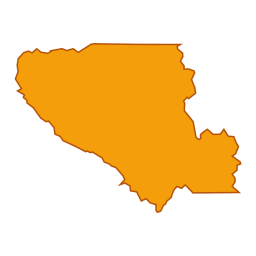 Santa Clara, California, United States of America (Albers equal-area conic projection)
{"feature_id": "52423323B90997065310094", "entity_name": "Santa Clara", "entity_type": "district", "adm_level": 2, "iso_a3": "USA", "parent_name": "United States of America", "parent_adm1": "California", "projection": "albers", "projection_center": [-121.672, 37.189], "detail": "fine", "context": "isolated", "style": "filled", "palette": "amber", "viewbox_px": 256, "rotation_deg": 0, "n_neighbors": 0, "source": "geoboundaries", "source_scale": "gbopen_adm2", "svg_char_len": 1442}
<svg xmlns="http://www.w3.org/2000/svg" viewBox="0 0 256 256"><path d="M239.1,192.5L232.2,186.4L235.1,181.7L235.0,178.2L232.1,174.2L237.0,170.2L237.2,165.1L240.6,164.0L240.3,162.1L232.2,156.1L235.5,153.9L238.5,146.5L236.3,143.2L233.8,136.7L228.2,136.2L223.9,129.3L220.2,134.2L213.2,134.4L207.3,129.3L202.9,132.4L200.5,134.6L200.7,138.5L198.5,139.5L196.0,137.3L193.1,121.6L184.3,110.7L184.7,103.0L183.5,101.2L187.0,97.3L188.6,98.6L195.6,93.2L194.8,87.6L191.5,79.6L194.6,73.0L194.0,70.9L188.7,69.0L184.0,69.1L184.1,66.0L180.4,61.2L182.8,56.8L182.6,53.2L177.7,49.1L177.2,46.4L180.3,44.5L135.7,44.4L93.8,43.8L91.1,44.3L78.2,52.4L73.2,48.7L66.9,50.6L62.0,48.7L50.7,50.8L51.1,51.5L47.7,53.2L47.5,53.3L45.2,52.9L40.9,52.2L36.7,48.8L32.1,52.9L28.5,51.1L23.9,52.6L18.2,58.7L17.2,65.3L18.1,71.8L15.4,78.9L21.5,88.8L17.5,90.9L24.4,94.9L23.3,97.4L26.6,100.1L26.8,100.3L27.0,102.9L33.5,107.9L40.7,118.0L46.1,121.7L48.5,121.1L54.0,127.5L55.0,134.1L60.3,136.5L63.0,140.6L75.9,146.6L85.7,151.7L87.0,151.0L90.4,152.6L92.6,152.1L95.8,154.1L102.1,157.9L104.2,162.0L109.5,164.1L111.2,165.8L115.9,167.6L123.1,175.9L124.7,179.6L120.2,184.6L124.9,183.0L130.0,186.0L130.5,190.8L136.7,191.9L141.3,201.0L146.1,198.7L150.1,202.8L156.0,204.7L156.0,210.4L157.3,212.2L160.8,211.0L163.5,205.2L165.4,204.3L166.6,201.4L171.3,197.3L172.1,194.2L174.1,189.7L176.9,186.5L181.7,188.3L185.3,184.9L193.0,192.9L239.1,192.5Z" fill="#f59e0b" stroke="#b45309" stroke-width="1.5"/></svg>